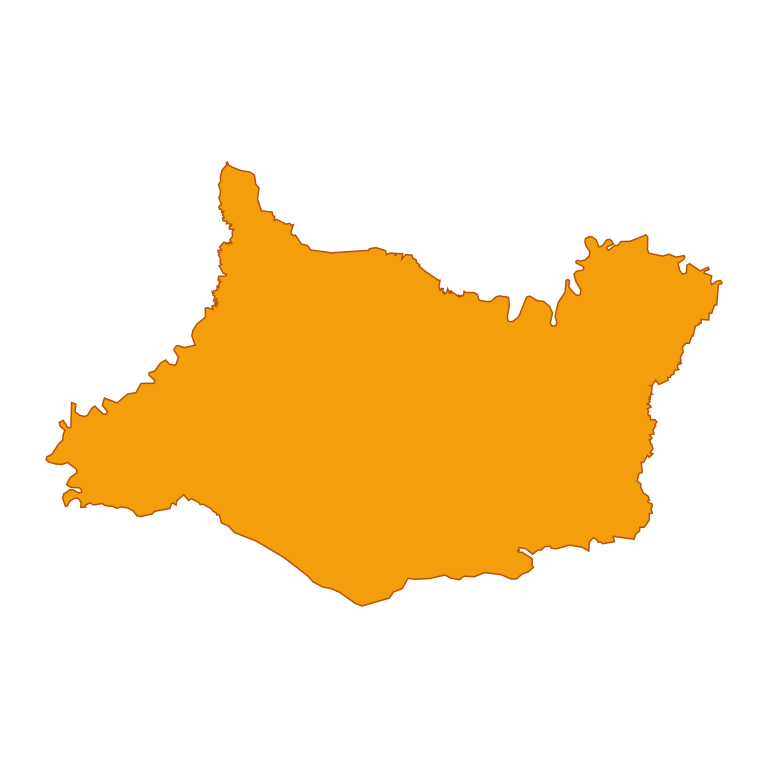 the district of Bojonegoro, Jawa Timur, Indonesia
{"feature_id": "22746128B62232019301027", "entity_name": "Bojonegoro", "entity_type": "district", "adm_level": 2, "iso_a3": "IDN", "parent_name": "Indonesia", "parent_adm1": "Jawa Timur", "projection": "mercator", "projection_center": [111.819, -7.228], "detail": "fine", "context": "isolated", "style": "filled", "palette": "amber", "viewbox_px": 768, "rotation_deg": 0, "n_neighbors": 0, "source": "geoboundaries", "source_scale": "gbopen_adm2", "svg_char_len": 6083}
<svg xmlns="http://www.w3.org/2000/svg" viewBox="0 0 768 768"><path d="M80.8,507.4L85.7,507.0L85.1,505.2L90.1,502.9L93.4,505.0L102.0,503.6L104.9,505.5L112.9,506.4L116.8,508.3L121.0,506.9L127.9,508.0L133.2,510.9L137.0,515.9L140.9,516.5L152.4,513.9L154.7,511.3L169.9,508.5L171.4,503.8L173.1,503.1L176.1,505.2L176.7,501.0L183.8,494.8L188.5,500.4L191.6,498.8L199.0,502.6L200.0,504.5L203.2,504.3L211.1,508.6L213.3,511.5L215.8,512.5L216.9,515.1L219.2,514.3L221.5,523.1L228.0,525.7L234.6,532.6L256.5,541.2L283.6,557.3L307.6,575.7L312.9,581.7L322.5,586.9L331.7,588.8L339.5,592.3L355.4,603.4L361.9,606.0L389.2,598.1L393.6,591.9L402.3,588.6L407.9,578.4L414.5,579.3L429.4,578.6L444.9,575.0L450.6,578.1L459.5,579.7L463.8,576.3L474.3,576.7L484.7,572.6L500.8,574.6L511.4,579.1L516.6,578.9L522.4,573.9L528.4,571.8L533.5,567.4L532.0,565.0L532.4,558.8L522.2,552.3L518.5,552.1L517.7,550.5L519.2,550.4L518.5,548.7L519.6,547.6L526.0,548.8L532.7,554.3L537.6,550.2L541.6,549.8L544.8,546.6L550.2,546.3L551.3,548.3L556.4,548.8L569.7,545.1L582.3,547.3L588.8,551.1L589.4,541.9L593.0,538.0L596.6,539.3L598.1,542.2L599.8,541.8L603.0,543.7L614.5,541.7L613.1,536.3L634.0,539.3L635.9,534.1L639.6,530.9L639.8,527.3L643.9,527.3L645.2,526.0L649.3,519.9L649.3,513.9L652.3,513.1L651.0,508.4L652.3,506.7L652.0,503.9L647.9,502.2L648.2,500.1L649.4,500.2L648.4,496.4L643.6,493.2L640.8,487.8L640.8,483.8L637.0,480.9L639.1,473.4L642.3,472.4L641.2,462.4L643.5,462.5L647.5,455.4L649.1,457.4L652.9,453.9L650.4,452.9L652.9,448.5L651.6,444.1L650.3,443.5L650.5,441.4L648.6,439.6L650.0,440.0L652.0,438.3L649.4,435.1L654.0,433.9L653.0,430.3L655.8,425.5L654.7,424.6L656.9,422.0L654.9,419.6L650.7,419.9L650.1,415.5L648.6,415.7L647.8,413.1L648.7,411.1L647.3,408.9L651.2,407.0L649.6,404.9L647.3,404.3L650.1,401.7L648.9,399.3L650.3,399.1L650.1,397.2L648.3,397.3L650.5,396.7L650.8,394.2L652.4,394.1L651.4,393.0L652.1,386.5L650.2,385.6L652.4,385.4L654.1,381.9L655.9,381.2L655.2,379.6L658.9,384.5L668.3,380.1L667.6,377.5L670.4,377.3L671.0,375.4L673.8,374.1L674.5,370.4L678.8,369.5L677.4,367.6L677.6,364.7L681.2,363.6L679.5,362.5L680.9,362.2L680.4,357.2L683.3,351.9L682.4,347.3L686.0,343.1L689.3,343.4L692.0,335.7L693.0,336.1L695.4,326.1L699.2,324.5L699.3,323.0L701.0,323.2L701.2,319.4L708.8,320.0L709.1,313.2L711.7,313.3L714.4,305.2L716.7,304.9L718.4,284.7L721.8,283.6L721.9,282.3L720.3,280.4L716.7,281.2L711.7,284.6L710.6,281.9L711.7,275.9L704.0,273.0L704.7,271.3L709.2,269.5L708.1,267.2L700.1,270.9L689.5,263.6L686.9,265.3L686.4,272.9L682.5,274.1L679.6,270.1L678.0,263.4L683.6,259.5L684.8,257.5L684.0,255.5L676.1,257.2L669.0,254.2L662.8,256.1L648.9,253.3L647.5,249.7L647.7,237.2L646.0,234.9L630.0,241.3L621.0,241.5L617.6,245.5L614.9,245.4L608.7,250.2L606.8,248.9L607.2,246.8L613.5,244.0L611.6,240.6L609.4,239.4L606.5,240.0L602.6,245.6L599.0,247.1L596.0,239.6L592.1,236.9L589.1,236.7L585.5,238.5L584.9,241.8L586.1,246.2L589.8,251.6L589.2,256.2L584.9,259.9L580.1,261.3L577.6,260.2L575.8,261.6L576.2,263.1L582.3,265.9L584.0,268.1L583.1,269.9L576.6,271.2L574.0,274.1L576.0,281.7L580.7,289.5L580.4,294.4L578.1,295.6L575.4,294.6L568.8,287.0L569.6,280.8L568.1,279.6L566.1,280.2L565.2,291.9L558.4,302.2L556.1,311.4L555.2,316.9L556.9,323.0L556.0,325.4L552.4,326.2L550.2,323.3L552.5,313.0L549.7,306.6L543.4,301.3L537.4,300.7L529.8,296.1L526.6,297.1L518.7,316.8L512.5,321.6L509.5,321.7L507.9,320.6L507.4,316.5L509.4,305.0L508.4,297.3L499.5,295.9L496.0,296.9L490.9,301.5L486.4,301.5L479.0,300.2L477.2,294.3L474.1,292.7L465.6,292.4L464.1,291.3L463.4,295.6L461.3,295.4L460.9,296.5L458.7,295.2L458.8,296.7L450.6,290.8L449.4,291.3L451.0,293.1L449.3,293.2L447.7,288.8L446.3,293.1L443.5,294.3L444.6,293.4L444.5,292.3L442.7,292.4L443.3,288.6L441.6,288.4L440.3,290.3L438.8,286.6L440.1,280.2L438.3,280.2L424.0,270.4L419.1,266.0L419.7,264.6L416.7,262.8L416.0,259.6L412.6,258.1L412.0,255.1L405.5,254.7L401.7,259.3L402.7,253.6L396.7,253.6L395.8,255.3L394.8,254.8L395.6,253.4L390.3,253.0L386.5,254.6L385.5,250.6L375.9,247.6L369.5,248.7L368.4,250.4L331.2,252.8L310.9,250.0L307.3,245.4L301.3,244.0L295.4,235.0L293.2,235.7L290.7,233.1L293.3,224.7L290.8,225.3L289.8,223.3L286.0,224.2L276.6,219.4L274.1,220.6L274.6,216.4L273.1,215.9L272.0,212.1L261.4,210.8L257.5,198.9L259.0,187.9L255.7,184.2L254.5,175.0L249.2,171.8L241.6,170.8L232.6,167.4L228.7,165.3L227.3,162.0L226.2,162.7L226.8,164.9L222.2,169.9L220.3,177.0L220.7,181.4L218.5,184.7L220.5,190.4L220.0,196.0L218.8,197.4L221.2,204.4L218.8,206.9L219.5,209.2L221.5,209.3L221.7,212.3L223.6,211.6L222.4,214.4L224.3,217.7L222.4,218.1L223.1,220.8L227.0,221.4L226.4,223.8L229.7,223.4L230.2,225.1L231.7,224.2L231.7,225.7L229.3,226.3L229.4,229.1L233.8,229.3L232.2,231.8L232.5,236.2L229.9,239.9L232.3,244.0L230.1,241.7L229.0,244.1L228.5,242.7L226.3,244.1L226.0,242.7L223.9,242.2L219.7,246.9L221.5,250.4L218.0,250.3L218.1,252.1L219.7,252.9L218.4,255.0L220.3,258.1L220.1,263.0L221.9,264.4L219.2,265.6L223.0,272.9L226.5,274.5L225.1,276.1L218.7,276.4L218.0,280.0L219.5,280.0L219.2,281.9L220.6,281.9L218.3,285.3L218.9,287.3L217.1,286.3L217.2,290.0L213.5,291.1L213.6,292.7L212.2,292.0L213.2,295.3L215.0,296.1L213.7,300.6L216.8,299.1L215.6,301.6L217.7,301.9L217.4,304.0L214.8,302.9L216.3,306.3L214.1,305.2L211.9,306.4L213.0,309.6L207.8,307.6L205.3,308.2L205.4,317.3L197.2,323.7L193.0,330.1L191.8,335.8L195.1,345.1L184.6,347.6L177.6,345.5L175.7,346.5L173.8,349.7L178.5,357.4L175.6,365.3L169.2,364.1L165.7,360.0L160.2,363.3L155.0,370.9L149.0,372.8L149.1,375.1L154.9,380.6L154.1,383.3L141.1,383.4L136.0,392.6L127.7,394.1L117.1,402.9L104.4,398.0L102.4,405.1L107.4,411.8L106.4,414.1L103.4,414.2L94.8,406.1L91.9,408.1L87.4,415.5L84.1,416.5L79.2,415.1L75.1,411.7L75.9,404.1L71.6,402.5L70.9,427.2L67.7,427.8L63.2,420.3L59.2,422.5L60.1,426.1L64.9,430.5L63.0,435.1L62.9,440.0L58.8,443.7L51.9,454.3L46.9,456.8L46.1,459.7L48.2,461.8L55.5,464.0L62.1,464.4L67.7,462.5L76.7,469.6L76.8,472.7L70.0,477.7L66.6,484.5L70.8,487.4L79.3,487.8L81.4,489.8L81.4,492.3L78.5,492.9L73.3,489.9L69.8,489.8L63.7,494.0L62.6,497.8L65.5,506.4L67.2,506.0L70.1,500.9L75.0,498.1L78.3,498.5L81.2,502.6L80.8,507.4Z" fill="#f59e0b" stroke="#b45309" stroke-width="1.5"/></svg>